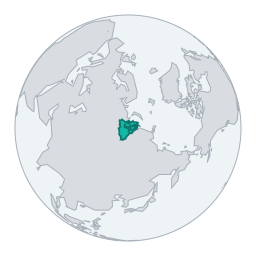 the Earth from above Yamal-Nenets, rotated 73°
{"feature_id": "RUS-2382", "entity_name": "Yamal-Nenets", "entity_type": "Autonomous Province", "adm_level": 1, "iso_a3": "RUS", "parent_name": "Russia", "parent_adm1": "", "projection": "orthographic", "projection_center": [74.427, 67.879], "detail": "fine", "context": "on_globe", "style": "filled", "palette": "teal", "viewbox_px": 256, "rotation_deg": 73, "n_neighbors": 0, "source": "natural_earth", "source_scale": "10m", "svg_char_len": 16446}
<svg xmlns="http://www.w3.org/2000/svg" viewBox="0 0 256 256"><g transform="rotate(73 128 128)"><circle cx="128" cy="128" r="113" fill="#eef3f6" stroke="#a8b0b8"/><path d="M128.6,15.4L128.8,15.4L143.3,18.1L135.0,15.6L139.8,16.1L144.4,17.2L142.8,17.1L147.2,19.2L152.1,21.0L155.7,25.2L152.6,30.6L150.4,29.0L149.9,30.6L152.6,32.8L154.5,33.9L156.4,43.6L164.3,52.9L169.6,54.5L166.3,55.4L178.2,57.6L184.3,62.4L175.7,57.9L173.5,58.1L176.8,61.7L175.2,62.8L175.9,65.2L173.8,66.2L168.9,63.6L167.4,64.3L169.8,66.8L169.2,69.5L165.9,65.7L164.4,70.0L156.0,66.8L148.8,56.2L142.4,55.8L130.5,48.8L129.9,50.5L124.9,49.2L122.3,50.8L120.9,49.1L120.1,51.8L121.9,53.0L122.2,54.6L120.9,55.7L118.7,53.8L119.1,53.0L117.8,53.0L117.3,51.6L116.8,52.9L114.3,50.5L114.7,54.5L111.1,53.9L110.1,51.9L112.8,50.0L117.2,41.2L117.0,38.8L113.9,37.2L102.5,38.4L101.2,36.8L97.4,36.0L96.9,37.8L99.7,39.0L97.9,42.3L101.5,43.6L101.2,45.2L103.9,47.4L100.6,49.3L96.0,50.0L93.6,48.3L91.5,48.6L91.4,52.2L84.8,50.9L76.5,53.7L75.1,53.3L76.6,48.6L82.5,43.6L84.4,38.2L80.2,44.1L76.8,43.0L75.0,43.8L73.5,45.3L73.6,46.7L71.9,46.9L75.3,41.0L77.0,40.8L75.9,42.6L78.6,40.3L80.9,36.5L79.0,36.4L84.5,31.3L83.2,31.2L83.6,30.1L85.4,30.6L82.4,29.7L88.5,24.7L84.6,24.5L91.7,22.9L96.1,21.5L101.2,20.0L100.6,19.8L108.1,18.2L113.7,16.8L114.1,16.2L113.5,16.3L128.6,15.4ZM97.6,19.5L94.7,20.4L94.9,20.3L97.6,19.5ZM209.8,50.9L209.3,50.8L208.4,49.6L209.8,50.9ZM209.8,51.5L209.8,51.4L209.9,51.7L209.8,51.5ZM210.4,52.3L209.9,51.8L210.5,52.5L210.4,52.3ZM211.3,53.5L210.8,52.8L211.3,53.5ZM84.3,24.3L73.0,29.7L78.6,26.8L77.6,27.3L80.7,25.8L86.1,23.5L91.2,21.6L84.3,24.3ZM212.4,55.1L212.7,55.5L212.1,54.9L212.4,55.1ZM81.1,26.4L83.0,25.6L81.2,26.4L81.1,26.4ZM155.6,34.3L152.8,32.8L151.0,30.5L153.5,31.6L155.6,34.3ZM158.9,39.2L157.1,38.7L157.9,36.8L158.6,37.7L158.9,39.2ZM173.8,55.5L171.8,53.7L174.3,55.1L173.8,55.5ZM176.4,65.4L177.4,65.6L177.4,66.8L176.4,65.4ZM105.5,46.2L104.7,46.8L104.6,46.1L105.5,46.2ZM107.4,46.7L107.9,45.5L108.8,45.5L108.5,46.3L107.4,46.7ZM174.0,69.4L173.5,71.3L173.1,68.9L174.0,69.4ZM106.6,48.3L110.5,45.8L112.2,45.9L112.4,49.0L106.6,48.3ZM172.7,72.1L171.6,76.9L173.9,77.7L166.9,78.4L170.1,74.0L169.3,70.9L171.1,72.4L172.7,72.1ZM123.1,53.0L121.1,51.7L124.0,51.8L123.1,53.0ZM124.9,52.6L133.6,50.7L135.9,53.1L132.5,53.2L136.5,55.7L133.4,57.8L130.5,57.0L129.6,54.9L129.1,57.3L124.9,52.6ZM163.3,78.0L162.3,78.8L162.4,77.5L163.3,78.0ZM122.5,55.3L124.1,54.6L126.2,56.7L123.5,58.4L123.7,57.2L122.5,55.3ZM139.1,55.4L140.2,57.2L138.0,59.5L138.1,60.5L133.5,58.1L139.1,55.4ZM122.5,57.3L122.1,59.2L119.9,59.2L121.2,56.1L122.5,57.3ZM127.9,56.6L128.8,57.6L127.4,57.6L127.9,56.6ZM111.7,60.6L113.5,59.7L114.8,60.7L111.7,60.6ZM122.1,59.9L122.8,59.9L123.5,60.2L122.8,61.5L122.1,59.9ZM132.3,59.9L131.1,60.4L134.0,61.0L132.5,62.7L129.7,60.8L130.3,62.4L129.8,62.9L128.1,60.8L132.3,59.9ZM124.2,63.7L120.1,62.0L116.5,63.5L115.3,62.6L121.3,60.5L124.2,63.7ZM126.6,62.2L124.8,62.9L124.2,61.4L125.1,60.0L126.6,62.2ZM132.4,64.6L135.5,62.4L136.0,62.9L132.4,64.6ZM123.2,64.4L124.2,64.8L123.0,64.7L123.2,64.4ZM129.7,64.9L130.8,64.0L131.3,64.6L129.7,64.9ZM125.4,66.4L124.1,65.8L124.6,64.8L125.4,66.4ZM127.5,65.9L128.0,66.9L125.6,64.8L127.8,65.4L127.5,65.9ZM130.1,65.6L130.7,65.6L129.6,65.9L130.1,65.6ZM124.1,70.6L121.0,68.1L122.1,65.9L125.0,68.6L124.1,70.6ZM31.5,186.0L30.4,184.0L25.4,171.9L26.4,170.4L25.5,166.9L23.5,162.9L22.7,158.7L21.7,155.9L16.7,138.5L16.4,129.9L19.1,113.6L20.9,113.8L23.5,109.8L37.9,117.4L38.4,123.3L46.9,137.4L47.5,140.0L43.8,142.3L48.0,157.9L52.5,157.9L59.0,169.0L65.1,174.1L72.0,168.4L62.1,160.0L63.1,154.7L73.2,158.2L82.2,165.5L82.9,163.7L79.4,156.0L83.8,154.6L78.5,153.0L79.0,155.9L75.7,155.0L75.0,152.4L76.6,152.0L74.5,149.1L67.6,151.9L67.3,155.2L60.4,149.8L59.3,154.8L56.6,154.6L57.6,146.2L59.2,144.6L59.1,132.6L56.7,133.9L56.7,145.3L55.7,143.1L52.4,145.1L54.1,141.8L54.7,129.2L50.1,123.4L40.1,122.1L38.3,118.1L38.5,112.3L46.1,107.3L49.5,116.9L52.2,115.5L55.0,109.3L55.8,112.8L57.3,111.5L58.9,114.9L64.5,115.8L66.7,118.8L72.2,115.5L74.0,116.7L70.2,118.3L68.8,121.1L74.5,128.5L76.5,128.9L79.6,126.2L80.8,128.7L83.1,125.1L88.0,127.9L83.9,121.6L87.5,118.5L92.2,118.3L92.6,116.2L85.0,116.6L82.5,117.8L81.6,120.6L74.4,123.2L71.7,121.4L76.5,114.6L73.3,111.5L78.4,107.8L96.1,108.7L101.8,111.1L104.2,122.2L101.0,123.6L98.5,120.2L97.8,126.5L99.3,124.4L100.3,126.6L104.0,124.3L104.8,125.7L106.8,121.2L108.3,122.7L107.0,125.5L113.6,123.6L117.6,126.0L118.7,124.9L118.7,123.1L123.7,127.4L124.2,126.4L122.8,124.6L123.1,121.5L125.4,117.8L127.0,119.5L126.4,121.0L127.5,127.0L125.5,131.0L126.4,131.3L128.5,128.2L127.2,121.0L128.1,118.3L129.2,121.5L128.9,120.1L129.9,119.3L132.3,120.1L131.4,116.5L140.0,105.8L145.6,106.5L145.6,110.5L153.3,105.3L159.0,106.7L157.7,105.0L160.5,101.5L158.8,101.0L158.4,100.0L164.8,91.2L167.5,90.5L168.8,85.1L168.1,84.2L166.1,84.4L166.9,78.4L173.9,77.7L175.1,79.6L178.6,78.1L180.8,82.7L184.2,85.9L184.5,92.1L187.2,94.2L188.3,93.4L192.8,95.7L198.2,103.8L189.1,101.0L179.9,90.3L183.2,94.9L181.1,95.0L181.4,97.4L183.8,100.7L185.0,100.3L181.6,111.9L184.7,122.9L188.0,118.9L191.5,119.5L197.8,129.2L197.3,149.0L201.9,150.5L203.2,153.0L201.3,157.0L199.4,153.4L196.2,154.3L195.4,151.7L191.7,157.1L190.4,153.7L188.2,159.7L190.7,161.3L194.4,157.7L193.0,164.5L198.6,165.7L200.9,170.3L196.8,183.7L190.2,190.8L190.1,192.4L186.7,192.6L183.3,197.4L190.7,201.4L190.9,203.4L184.9,210.3L184.6,209.1L175.5,209.7L174.6,214.7L181.6,215.2L184.0,217.6L179.0,218.9L176.5,216.7L173.2,216.8L173.5,212.8L169.6,207.7L164.6,210.7L164.4,207.9L158.3,203.6L150.8,207.2L139.1,216.2L138.5,222.6L134.1,225.3L126.3,216.6L124.7,209.7L120.7,210.1L113.7,203.1L98.3,199.5L97.1,197.0L94.0,197.0L89.2,193.1L87.9,188.9L84.5,187.7L88.4,198.7L92.1,199.9L96.7,198.0L97.0,201.3L101.7,205.3L92.7,209.6L71.5,206.0L71.2,200.7L64.4,178.8L65.6,177.4L65.6,177.2L65.7,176.7L63.2,178.6L62.6,174.1L64.3,188.8L63.8,193.5L71.2,206.2L70.0,206.3L72.9,209.4L84.4,212.9L84.1,214.3L77.5,217.9L63.2,216.4L66.2,221.0L67.0,222.5L63.5,220.4L57.2,215.6L51.3,210.5L45.7,204.9L40.5,198.9L35.8,192.6L31.5,186.0ZM30.0,118.5L29.0,119.4L30.0,118.5ZM90.0,176.9L96.6,180.2L96.8,173.6L99.3,174.4L98.5,171.9L96.8,173.2L95.1,166.6L99.1,166.3L99.9,163.5L97.7,162.3L90.7,164.0L93.0,173.3L90.1,174.8L90.0,176.9ZM61.6,37.1L59.3,38.8L61.5,37.1L61.6,37.1ZM69.7,31.6L71.3,30.7L63.4,35.7L65.1,34.5L69.7,31.6ZM81.2,25.9L79.8,26.6L79.9,26.4L81.2,25.9ZM79.8,27.1L80.3,26.8L81.2,26.5L79.8,27.1ZM76.6,43.3L76.3,43.8L74.5,45.2L74.9,44.2L76.6,43.3ZM69.4,53.5L66.7,53.6L68.9,52.8L68.9,51.4L73.5,48.1L74.7,52.9L73.3,51.2L69.4,53.5ZM80.1,45.2L77.0,46.6L80.3,44.9L80.1,45.2ZM64.2,101.5L63.7,103.9L61.4,104.4L58.7,100.9L62.0,100.0L64.2,101.5ZM63.4,107.1L68.9,101.5L70.8,103.6L68.8,103.4L69.5,105.3L66.5,105.4L62.9,113.0L60.6,114.0L56.9,106.8L59.3,108.5L59.8,106.1L63.4,107.1ZM79.6,84.9L82.0,82.8L83.0,89.9L80.6,91.0L77.8,87.5L78.9,84.2L79.6,84.9ZM106.2,54.3L107.0,53.3L107.6,53.8L107.4,55.1L106.2,54.3ZM112.4,60.1L103.0,59.4L103.5,58.1L97.4,59.4L96.4,56.6L100.4,55.9L95.0,54.8L98.2,53.0L94.4,52.6L103.4,51.3L106.0,49.8L103.5,52.5L104.4,55.0L105.5,55.7L110.9,56.4L117.0,54.6L118.9,56.9L118.6,59.1L117.4,59.9L116.5,58.1L115.6,60.5L113.4,58.5L112.4,60.1ZM113.8,84.7L113.3,82.0L111.0,87.0L108.8,84.8L108.7,85.5L106.1,84.9L102.7,85.5L102.1,84.2L101.0,85.0L99.3,84.6L97.6,85.3L96.0,83.2L93.8,83.9L94.3,82.5L90.9,84.3L92.7,82.0L90.6,81.5L90.0,83.9L85.3,71.6L82.0,68.4L78.3,67.0L81.8,63.5L87.6,62.7L93.8,63.8L96.5,67.5L97.5,65.3L99.2,66.5L97.6,67.7L100.9,66.5L101.9,67.8L107.4,69.1L111.6,66.8L113.8,67.3L112.6,68.8L115.5,68.2L114.7,71.6L116.2,72.0L116.9,75.8L113.7,78.7L115.6,79.0L116.2,82.0L113.8,84.7ZM124.2,71.7L120.8,75.5L118.0,76.3L118.0,69.4L116.7,68.5L116.6,64.2L120.7,63.3L120.4,64.6L121.0,65.6L119.4,65.5L121.1,66.4L120.7,68.2L121.9,69.5L120.5,70.3L124.2,71.7ZM49.9,140.5L50.6,142.1L52.2,144.1L50.2,145.4L49.9,140.5ZM50.1,131.9L51.1,133.0L49.0,135.7L48.2,134.1L50.1,131.9ZM53.3,131.3L51.3,132.8L51.9,131.0L53.3,131.3ZM71.3,119.1L72.5,120.1L72.0,120.9L70.5,121.3L71.3,119.1ZM106.4,99.6L106.5,97.8L107.3,97.7L109.8,94.5L111.6,95.9L110.8,98.4L106.4,99.6ZM69.4,168.3L66.6,168.3L66.1,166.9L67.2,167.2L69.4,168.3ZM57.2,156.9L59.2,160.6L56.6,157.2L57.2,156.9ZM108.7,100.6L109.5,99.1L109.9,100.7L108.7,100.6ZM113.0,96.8L113.8,98.5L112.1,95.7L113.0,96.8ZM73.9,226.8L74.0,226.6L79.0,228.9L81.0,229.2L83.9,231.2L82.3,231.0L73.9,226.8ZM205.9,208.4L208.3,206.3L208.1,206.5L205.9,208.4ZM203.5,210.1L206.3,207.7L202.9,210.9L203.5,210.1ZM207.4,206.8L210.2,203.9L211.5,202.5L211.2,203.0L207.4,206.8ZM201.5,211.8L190.2,219.6L185.5,221.9L186.8,220.7L194.3,216.3L201.5,211.8ZM186.4,220.9L179.0,223.0L167.9,221.0L171.9,219.7L183.3,218.8L182.6,219.8L187.1,218.9L186.4,220.9ZM203.5,206.5L202.8,208.7L196.7,213.0L193.8,214.7L191.8,213.7L192.9,211.7L195.3,210.2L203.8,199.0L207.0,197.8L204.5,201.9L207.0,201.7L203.5,206.5ZM139.1,223.1L142.0,226.1L139.6,226.8L139.1,223.1ZM206.7,192.4L203.6,197.6L206.2,191.9L206.7,192.4ZM207.8,187.7L208.3,188.8L206.7,188.7L207.8,187.7ZM190.6,194.5L188.1,196.3L187.7,195.4L190.7,192.4L190.6,194.5ZM202.6,174.1L203.6,177.5L203.5,179.0L201.9,177.9L202.6,174.1ZM125.1,111.5L119.6,114.3L116.9,117.5L117.2,120.9L114.4,117.3L118.7,112.4L125.1,111.5ZM138.0,106.3L137.7,103.4L139.3,103.9L139.6,104.7L138.0,106.3ZM136.7,105.1L133.4,102.9L134.3,100.8L136.7,102.9L136.7,105.1ZM120.9,101.7L119.2,102.4L118.9,101.0L120.9,101.7ZM213.1,201.8L213.2,201.7L213.3,201.6L213.1,201.8ZM220.2,192.7L221.7,190.5L223.6,187.6L220.2,192.7ZM211.7,202.9L215.2,198.4L216.9,196.5L211.7,202.9ZM233.2,168.3L233.1,168.5L232.8,169.3L230.3,175.2L227.4,180.8L228.6,178.4L228.4,178.3L223.9,185.3L223.0,186.0L224.8,182.9L221.5,186.9L225.1,181.4L226.4,180.9L228.3,176.6L231.2,171.4L233.7,166.2L235.2,162.4L234.7,164.1L234.8,163.9L233.2,168.3ZM224.7,184.9L225.3,184.0L224.6,185.2L224.7,184.9ZM236.1,159.5L235.7,161.1L237.5,154.3L237.8,153.0L237.3,155.4L236.1,159.5ZM237.9,152.5L237.3,154.8L237.9,152.4L238.1,151.7L238.1,151.9L237.9,152.5ZM217.3,193.6L217.1,194.3L216.1,195.1L217.3,193.6ZM218.7,191.8L221.6,188.5L218.4,192.5L218.7,191.8ZM208.7,200.6L209.7,200.8L212.9,197.0L210.4,200.4L212.4,200.0L211.6,201.4L209.7,201.6L208.7,204.2L207.2,205.5L206.6,204.6L208.2,201.2L209.6,198.9L215.3,192.9L208.7,200.6ZM218.7,190.5L217.9,190.1L218.5,188.4L219.4,188.1L218.7,190.5ZM215.1,189.3L212.5,189.8L210.4,192.6L214.3,185.5L216.2,186.3L215.1,189.3ZM212.3,187.0L210.4,189.7L212.2,186.0L212.3,187.0ZM209.8,189.5L209.2,188.3L210.9,187.0L209.8,189.5ZM213.4,186.0L213.2,183.2L214.3,183.8L213.4,186.0ZM207.6,185.5L211.8,184.7L206.9,188.0L205.2,182.9L207.2,181.0L207.6,185.5ZM208.9,150.8L207.6,149.4L208.9,147.1L209.4,148.7L208.9,150.8ZM212.0,138.5L208.8,146.0L206.0,152.1L207.6,151.7L208.3,155.8L205.1,154.8L206.0,148.2L208.4,144.2L207.3,140.9L208.2,136.4L205.8,133.3L205.8,130.6L208.6,132.2L212.0,138.5ZM204.7,132.2L200.9,125.6L204.1,122.7L205.6,123.5L206.0,127.7L204.3,129.0L204.7,132.2ZM200.9,123.2L199.2,124.4L190.1,118.1L188.9,116.1L197.6,119.2L196.4,120.5L198.1,122.6L200.9,123.2ZM163.4,79.5L162.4,78.9L163.6,78.7L163.4,79.5ZM157.3,99.8L157.0,98.3L158.4,98.1L157.3,99.8ZM156.8,94.2L155.4,95.4L156.2,93.4L156.8,94.2ZM152.4,98.3L154.5,95.5L153.4,99.2L152.4,98.3Z" fill="#d9dde1" stroke="#a8b0b8" stroke-width="1"/><path d="M121.5,124.8L122.8,125.8L122.9,126.1L123.5,126.7L123.5,126.9L123.5,127.1L123.8,126.9L124.2,125.9L124.3,125.7L123.9,125.8L123.8,125.6L123.6,124.9L123.7,124.5L123.0,124.1L122.8,124.2L122.9,124.4L122.8,124.0L122.9,123.5L123.1,123.6L123.3,123.3L123.1,123.1L123.3,122.7L123.4,122.1L123.3,121.9L123.0,122.0L123.0,121.8L123.2,121.4L123.1,121.6L123.0,121.4L123.3,121.0L123.7,120.8L124.3,120.4L124.2,120.3L124.5,119.7L124.7,118.8L124.7,118.7L124.9,118.5L124.8,118.4L125.1,117.9L125.3,117.9L125.2,118.1L126.3,118.1L126.6,118.2L126.5,118.3L126.7,118.2L127.1,118.5L127.1,118.9L127.0,119.1L127.1,119.3L126.8,120.0L126.7,120.1L126.7,120.5L126.4,120.9L126.5,121.3L126.9,121.6L126.9,121.8L127.0,122.1L126.9,122.6L126.9,123.0L126.7,123.2L126.8,123.5L126.7,123.7L126.8,124.1L126.7,124.5L126.8,124.9L126.7,125.0L126.8,125.2L126.6,125.4L126.7,125.9L127.4,126.6L127.4,126.9L127.0,127.3L127.0,127.6L127.1,127.8L127.1,128.0L127.0,128.4L126.6,128.5L126.5,128.8L126.5,129.1L126.2,129.1L126.3,129.4L126.2,129.3L126.1,129.6L125.9,129.8L125.6,129.8L125.8,129.9L125.8,130.3L125.5,130.3L125.1,130.6L124.8,130.3L125.1,130.2L124.8,130.2L124.5,129.9L124.3,130.0L124.1,129.9L123.8,129.9L123.9,130.0L123.9,130.3L124.8,130.9L125.6,130.9L126.1,131.2L126.3,131.1L126.4,130.7L127.5,129.8L127.6,129.6L127.6,129.1L128.2,128.3L128.3,127.9L128.2,127.5L127.9,127.0L128.0,126.8L128.0,126.5L128.0,126.3L129.2,125.8L129.5,125.8L129.6,126.0L130.1,126.7L130.0,126.8L130.1,127.0L130.1,127.3L130.0,127.7L130.1,127.9L130.0,128.0L130.4,128.4L130.5,128.6L131.5,128.5L131.3,128.4L131.1,128.4L131.0,128.2L131.0,128.4L130.6,128.3L130.6,128.2L130.3,128.2L130.3,127.9L130.2,127.7L130.3,127.5L130.7,127.1L130.6,126.9L130.5,126.7L130.4,126.7L130.3,125.9L129.1,125.3L128.8,125.3L128.5,125.6L128.2,125.6L127.9,125.5L127.7,125.6L127.6,125.0L127.4,124.3L127.6,123.7L127.9,122.8L127.9,122.5L127.7,122.1L127.7,121.9L127.4,121.4L127.1,121.0L127.4,120.6L127.4,120.2L128.3,119.6L128.4,119.2L128.4,118.7L128.2,118.3L128.4,118.2L128.6,118.4L128.5,118.6L128.7,118.9L128.8,119.3L128.7,119.6L128.6,119.9L128.5,120.0L128.5,120.3L128.7,120.6L128.7,120.8L128.5,121.0L129.1,121.5L129.6,121.5L130.1,121.5L130.3,121.8L130.6,122.0L131.0,121.9L131.0,121.7L130.6,122.0L130.6,121.6L130.4,121.6L130.4,121.3L130.2,121.3L130.2,121.1L130.1,121.3L129.9,121.2L129.1,120.7L129.0,120.1L129.5,119.8L129.9,120.2L130.2,120.1L130.3,119.9L130.1,119.6L129.8,119.6L129.8,119.4L129.9,119.5L130.2,119.1L130.4,119.1L130.5,119.3L130.7,119.6L131.2,119.7L131.6,119.9L131.4,120.1L131.5,120.2L131.5,120.4L131.1,120.5L131.1,120.8L131.0,121.1L131.5,121.4L131.9,121.6L131.9,121.9L132.0,122.1L132.1,122.3L132.0,122.6L132.2,122.8L131.8,122.8L131.5,123.1L131.4,123.5L131.3,123.4L131.3,123.6L131.0,124.0L131.1,124.3L131.5,124.4L131.8,124.9L132.4,125.0L132.6,125.1L133.0,125.0L133.0,124.6L133.2,124.8L133.1,125.0L133.6,125.1L133.5,125.3L133.7,125.5L133.7,125.8L134.1,126.0L133.8,126.3L134.0,126.8L133.9,127.0L133.8,127.5L133.4,127.6L133.7,127.9L133.7,128.1L134.0,128.3L133.9,128.5L134.0,128.7L133.8,128.9L134.7,129.6L134.9,129.9L134.7,130.0L134.8,130.3L135.2,130.8L135.0,131.1L135.3,131.3L135.3,131.5L135.7,131.5L136.0,131.7L135.9,131.9L136.2,132.0L136.3,132.4L136.1,132.8L136.2,133.0L136.7,133.1L136.7,133.3L136.9,133.4L137.2,133.2L137.5,133.2L137.5,133.5L137.6,133.8L137.8,134.2L137.8,134.6L137.5,134.9L137.4,135.5L137.2,135.6L137.5,135.7L137.6,136.0L137.8,136.0L137.7,136.4L137.9,136.5L137.9,136.8L137.6,137.1L137.1,138.4L136.9,138.1L136.7,138.1L136.4,137.8L136.0,138.1L135.5,137.7L134.9,137.5L134.6,137.8L134.2,137.6L133.9,137.0L133.5,137.1L133.5,137.3L132.9,137.8L132.9,138.1L131.9,138.2L131.3,138.5L130.5,137.9L130.3,137.6L130.0,137.5L129.7,137.7L129.3,137.3L128.1,137.5L127.8,137.2L127.1,137.2L126.8,136.7L126.4,137.0L126.0,137.0L125.8,137.1L125.5,137.2L125.5,136.4L125.4,136.2L124.9,136.1L124.7,135.7L124.9,135.3L124.9,135.1L124.5,134.8L124.2,134.9L123.6,134.5L123.3,134.6L123.4,134.8L123.3,135.0L122.9,134.8L122.3,135.3L121.5,134.8L121.5,134.6L121.7,134.3L121.5,134.1L120.4,133.9L120.2,134.2L119.7,134.1L118.8,134.3L118.7,134.1L118.8,134.1L118.8,133.9L118.6,133.7L118.3,133.8L118.0,133.6L118.3,133.3L118.4,133.1L118.3,132.9L118.4,132.7L118.5,132.2L118.3,132.0L118.2,131.5L118.0,131.2L118.8,131.1L118.8,130.7L119.1,130.4L119.4,130.0L120.8,129.4L120.9,129.1L121.0,129.1L121.0,128.9L121.8,128.3L121.7,128.2L121.9,128.0L121.8,127.7L121.4,127.4L121.3,127.2L121.4,126.8L121.7,126.2L121.6,125.7L121.0,125.4L121.1,125.2L121.5,124.8ZM126.4,117.5L126.5,117.8L126.3,117.6L125.4,117.8L125.5,117.4L125.5,117.1L125.8,116.9L126.2,117.0L126.1,117.3L126.3,117.2L126.4,117.5ZM129.9,118.6L130.3,118.9L130.0,119.3L129.4,119.2L129.9,118.6ZM124.6,130.5L124.4,130.6L124.2,130.4L124.1,130.0L123.9,130.0L124.6,130.2L124.6,130.3L124.6,130.5ZM127.9,117.7L128.2,117.8L128.3,117.8L128.2,117.8L128.1,118.2L127.8,117.9L127.9,117.7ZM128.9,116.8L128.8,117.0L128.6,117.1L128.7,116.9L128.9,116.8ZM123.1,124.4L123.1,124.6L122.9,124.6L123.0,124.4L123.1,124.4ZM129.3,117.6L129.0,117.5L129.3,117.6ZM122.9,122.4L122.8,121.9L122.9,122.0L122.9,122.4ZM126.2,117.1L126.3,117.3L126.1,117.3L126.2,117.1ZM129.0,116.8L129.3,117.1L128.9,116.9L129.0,116.8ZM122.8,124.6L123.1,124.7L123.0,124.8L122.8,124.6ZM123.0,121.5L122.9,121.9L123.0,121.5ZM122.9,122.5L123.0,122.8L123.0,122.7L122.9,122.6L122.9,122.5Z" fill="#14b8a6" stroke="#0f766e" stroke-width="1.5"/></g></svg>